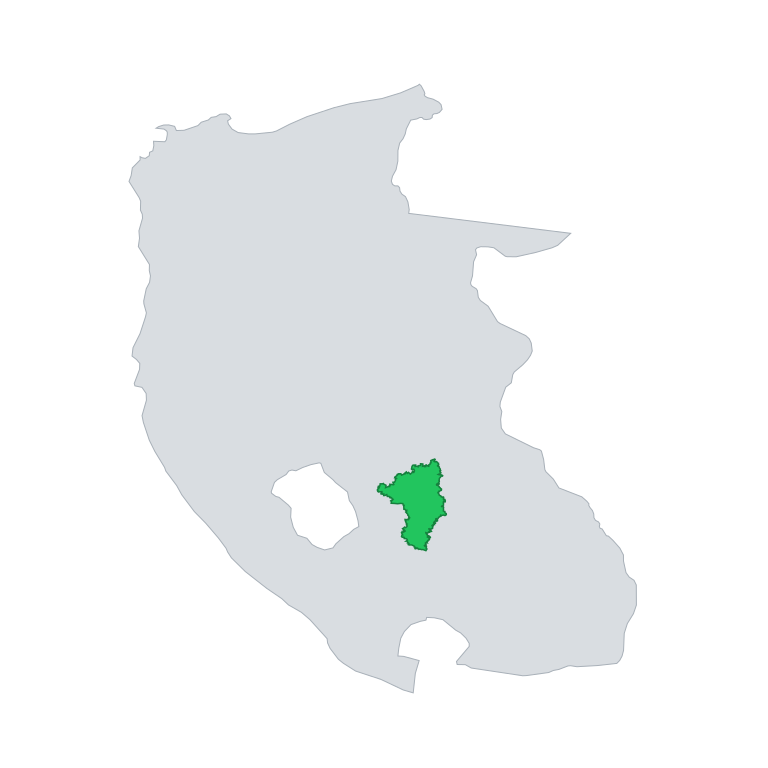 location of Fezile Dabi, Free State, South Africa, rotated 98°
{"feature_id": "47623444B21501715606105", "entity_name": "Fezile Dabi", "entity_type": "district", "adm_level": 2, "iso_a3": "ZAF", "parent_name": "South Africa", "parent_adm1": "Free State", "projection": "natural_earth1", "projection_center": [27.835, -27.476], "detail": "fine", "context": "in_parent", "style": "filled", "palette": "green", "viewbox_px": 768, "rotation_deg": 98, "n_neighbors": 0, "source": "geoboundaries", "source_scale": "gbopen_adm2", "svg_char_len": 9713}
<svg xmlns="http://www.w3.org/2000/svg" viewBox="0 0 768 768"><g transform="rotate(98 384 384)"><path d="M547.9,106.2L567.8,103.3L576.7,105.0L587.4,109.7L597.5,111.4L614.5,109.7L620.3,110.4L624.9,112.1L628.3,114.6L633.1,133.4L637.1,153.6L637.0,160.1L637.6,162.6L642.3,171.1L644.1,176.4L646.8,180.8L652.9,202.3L653.6,206.0L653.1,258.1L650.6,264.4L651.6,272.5L648.7,273.6L632.0,263.1L629.0,263.5L624.3,267.4L619.8,273.5L617.8,278.7L609.2,292.8L608.5,301.7L609.2,309.3L612.0,309.6L614.0,315.1L618.5,323.8L626.3,329.4L633.4,332.0L643.5,332.6L651.4,332.4L651.0,326.6L653.0,310.7L666.2,312.7L685.8,312.1L684.3,322.4L677.0,345.8L672.2,372.2L666.2,385.4L662.9,390.9L653.3,400.6L648.3,403.8L644.1,404.9L627.7,424.5L621.6,434.0L616.1,447.8L610.8,455.3L602.8,471.5L589.0,495.3L577.4,510.9L572.2,515.4L568.7,517.5L559.5,526.6L546.6,541.2L536.7,554.1L521.9,568.8L513.4,575.2L500.6,587.9L497.1,589.7L482.7,601.5L472.3,608.6L455.6,616.9L449.0,619.2L433.1,617.0L426.5,618.2L421.0,623.2L420.5,630.4L418.2,631.4L403.6,628.1L397.6,628.7L394.2,632.5L391.4,637.4L383.0,637.6L368.1,632.6L350.6,629.5L346.6,629.2L338.1,632.9L335.2,633.5L322.8,632.7L316.0,630.3L309.4,630.3L304.4,632.2L298.3,632.9L282.1,646.4L273.7,646.4L266.4,648.0L253.4,646.2L249.5,647.0L245.7,649.4L236.9,650.4L233.5,652.4L218.9,664.7L212.8,663.4L205.0,663.3L196.1,656.7L192.8,657.2L193.6,655.2L193.8,651.7L190.6,648.2L187.2,648.4L185.3,645.4L180.0,645.1L175.7,646.0L174.6,634.7L172.5,633.5L167.2,633.3L164.7,633.7L163.5,634.7L162.2,637.3L162.4,645.3L160.5,643.0L158.2,638.2L157.4,633.2L158.0,627.2L161.9,624.9L160.6,617.3L154.0,604.2L150.2,601.4L147.0,594.7L144.0,592.2L142.6,587.5L139.6,583.8L138.5,577.8L140.0,574.4L142.5,572.5L145.1,575.5L148.3,574.3L152.7,570.0L155.3,563.5L155.2,553.0L154.3,546.5L150.2,529.6L148.4,525.7L139.9,513.6L130.0,497.5L117.3,471.9L111.1,456.6L101.6,425.7L93.4,408.1L83.5,391.8L82.2,390.7L83.6,388.7L88.6,385.0L90.9,383.9L92.1,384.4L93.3,383.4L94.4,380.8L95.1,375.0L97.3,369.0L99.4,366.4L103.9,364.7L107.3,366.9L108.8,369.2L109.5,372.1L111.0,373.5L113.5,373.4L115.2,375.3L116.3,379.0L116.2,381.7L114.8,383.4L115.1,385.6L116.9,388.3L119.0,394.3L128.3,397.4L133.5,397.8L138.5,399.3L143.2,402.0L150.8,402.7L161.4,401.3L170.1,401.9L177.0,404.5L182.0,405.0L185.1,403.4L186.3,401.0L185.9,397.8L187.4,395.9L190.8,395.0L193.5,392.7L195.5,388.8L200.3,385.7L207.8,383.3L211.6,383.3L208.8,220.1L222.5,231.3L225.7,236.5L232.5,251.8L239.6,270.7L240.8,279.8L240.6,281.7L233.8,294.1L233.7,300.2L234.6,307.4L236.3,310.9L238.3,312.1L243.1,310.3L250.5,312.3L264.6,311.4L271.7,312.4L273.5,311.8L275.0,310.3L276.8,306.0L278.5,304.5L285.0,302.7L287.9,300.2L292.5,291.7L306.4,280.3L307.9,277.6L316.4,250.3L319.1,246.4L323.0,243.9L330.7,241.8L335.2,242.9L340.1,245.3L345.7,249.3L354.0,256.7L356.8,257.8L365.1,258.1L370.2,263.0L385.7,266.3L390.1,266.1L394.9,263.5L402.8,263.6L411.3,261.7L416.5,256.9L426.3,227.1L427.4,220.6L428.5,218.8L436.6,215.4L446.4,212.8L448.4,211.4L454.6,203.1L462.6,196.3L468.2,172.4L471.9,166.8L474.1,164.4L475.6,164.4L477.6,162.9L480.3,160.0L483.5,158.2L487.2,157.5L489.6,155.6L490.7,152.4L492.6,150.8L495.3,150.9L496.8,149.9L497.2,147.8L503.3,142.7L503.4,140.6L506.9,135.6L513.7,127.6L520.0,123.1L526.0,122.2L537.1,118.1L541.1,114.3L543.6,109.1L547.9,106.2ZM528.9,457.9L538.6,453.9L545.8,448.6L547.5,438.9L553.0,432.9L555.1,427.4L556.6,419.7L553.4,411.7L548.9,409.4L540.7,402.5L537.1,397.8L532.2,393.8L528.7,389.1L523.0,390.7L514.3,394.4L508.8,397.9L504.3,402.1L496.0,405.1L488.4,418.2L485.9,421.2L479.9,430.8L471.3,435.5L471.1,437.2L474.0,445.1L478.0,452.9L482.2,459.2L482.0,463.2L483.4,466.2L487.2,468.3L493.6,476.3L496.7,478.8L506.4,480.7L507.8,480.2L510.4,475.5L510.8,472.2L517.2,461.9L520.0,458.7L528.9,457.9Z" fill="#d9dde1" stroke="#a8b0b8" stroke-width="1"/><path d="M451.3,323.5L452.8,325.9L452.6,325.9L453.3,327.0L455.5,326.5L455.9,327.3L457.3,327.3L458.0,328.6L459.3,328.3L459.3,328.8L458.9,329.1L458.8,330.6L458.3,330.8L458.5,331.3L459.2,331.0L459.4,331.6L460.0,331.4L460.2,332.1L459.5,332.3L459.8,332.8L459.5,332.9L459.8,333.6L460.1,334.3L459.3,334.2L457.8,334.4L457.9,336.7L459.6,336.4L460.0,338.2L461.2,338.7L460.6,339.1L461.4,341.7L460.5,341.8L460.6,341.5L460.4,341.5L460.4,341.9L459.9,341.7L460.3,343.9L460.7,344.4L462.3,344.9L463.2,344.8L464.4,345.0L464.8,344.4L464.2,342.6L464.9,342.1L466.1,342.1L466.1,341.8L467.1,342.1L466.5,343.6L467.0,343.7L467.6,343.2L467.7,343.8L469.6,345.4L468.1,347.4L469.2,348.4L467.9,349.7L469.1,350.6L469.7,350.3L470.1,350.7L469.6,351.2L470.7,352.1L471.8,353.9L470.5,354.8L470.9,357.0L471.1,356.9L471.8,358.4L472.5,358.2L474.2,359.8L474.9,359.5L474.8,360.3L475.4,360.4L475.3,359.3L475.6,359.2L475.6,359.8L475.9,359.1L476.1,359.0L476.1,358.8L476.9,359.5L477.8,359.2L479.8,359.9L479.8,360.5L480.1,361.5L482.2,360.3L482.5,360.8L482.4,363.3L482.9,363.5L482.7,364.2L483.8,363.9L483.9,364.4L484.7,364.3L484.6,364.9L485.0,365.1L485.0,365.5L486.4,368.0L484.0,367.9L483.2,370.3L482.6,370.8L483.1,371.7L483.4,373.9L485.4,373.9L485.6,374.3L485.8,374.3L486.0,375.0L486.3,375.0L486.3,375.4L486.7,375.4L486.8,374.3L487.5,374.4L487.6,375.3L487.8,375.5L488.4,375.1L489.9,375.9L490.9,374.8L491.3,375.1L491.7,374.4L491.5,374.0L490.9,371.1L492.1,370.9L492.7,371.8L493.3,371.6L493.1,370.5L493.3,370.5L493.3,369.8L493.0,368.9L494.5,368.8L494.3,367.6L493.1,365.9L494.9,365.1L494.6,363.4L495.4,362.6L494.9,362.6L495.4,361.3L495.7,361.5L496.1,360.1L496.7,359.7L496.7,359.4L496.9,359.0L497.1,359.2L497.2,359.5L497.6,359.3L497.9,359.4L498.1,359.7L498.0,360.2L498.3,360.4L498.4,360.8L498.8,361.1L499.2,360.3L501.1,360.3L500.8,356.8L500.7,353.9L499.9,350.9L499.8,348.7L501.4,348.0L501.4,347.2L502.8,347.4L503.8,347.1L505.3,346.9L505.4,346.5L505.1,346.0L506.0,344.7L506.3,344.7L506.0,343.9L507.8,343.9L508.0,344.4L509.6,342.5L510.6,341.9L510.8,342.0L511.5,341.0L511.9,341.0L512.7,340.2L512.9,340.9L513.5,341.0L513.7,340.6L514.1,341.0L514.2,340.6L515.0,341.0L515.2,344.3L516.2,344.0L516.2,343.6L516.6,343.2L517.1,343.5L518.5,342.7L518.7,342.4L519.2,342.4L519.5,341.7L520.1,342.2L520.5,342.1L520.9,341.5L521.5,341.3L522.2,341.6L523.2,342.5L523.0,342.9L523.0,343.6L522.9,343.8L523.6,344.2L524.6,345.4L525.0,344.7L525.1,344.9L526.0,344.6L526.0,343.5L526.2,343.0L526.6,342.7L527.0,343.9L527.5,344.3L527.7,343.8L528.6,345.0L527.9,345.6L528.5,345.8L528.8,346.0L530.6,344.7L530.6,345.1L533.1,345.5L532.8,345.3L533.1,344.9L533.2,343.9L532.9,343.1L533.2,342.6L534.2,342.5L534.1,340.3L534.7,339.4L535.8,339.5L536.5,340.2L536.3,338.9L537.6,338.7L537.7,338.2L538.2,338.5L538.5,337.0L538.9,336.9L539.7,337.5L539.9,336.7L539.5,334.2L540.3,331.6L541.3,331.3L541.3,330.5L541.4,330.3L541.8,330.1L542.7,330.4L542.8,329.9L541.9,329.3L542.4,328.5L541.9,328.4L541.8,328.0L542.5,326.9L542.7,326.3L542.8,326.3L542.5,325.4L542.8,323.7L542.5,322.4L543.2,319.3L541.4,318.5L540.9,319.4L540.2,319.5L539.7,319.3L539.2,319.7L538.7,319.4L538.4,319.9L538.8,320.2L538.8,320.7L538.9,321.0L538.5,321.5L538.2,321.3L537.8,320.2L537.4,319.9L536.7,320.7L536.2,320.5L535.7,320.7L535.4,319.4L535.0,320.1L534.3,319.7L534.4,319.2L534.1,319.0L533.6,318.7L533.2,319.0L532.9,318.9L532.0,317.5L531.8,317.4L531.5,317.8L530.9,317.7L529.5,316.7L529.2,316.8L529.1,317.2L528.7,317.5L528.1,318.5L528.5,318.8L529.1,318.4L529.8,318.6L529.9,318.8L529.5,319.7L528.8,319.3L528.2,319.2L528.2,319.8L527.6,319.9L527.2,320.5L526.7,320.4L526.5,320.6L526.4,321.2L526.2,321.5L525.4,321.8L525.5,321.3L525.9,321.2L526.0,320.7L525.3,320.0L525.2,319.6L524.3,319.2L524.6,318.5L524.5,318.2L523.7,317.6L523.4,316.6L523.1,316.9L523.3,317.2L523.1,317.6L523.2,318.0L522.4,317.2L522.1,317.1L521.9,317.3L522.4,318.0L521.7,319.1L521.2,319.4L521.0,319.1L521.6,318.4L520.5,316.7L520.5,316.1L520.2,315.8L519.5,315.9L518.8,315.8L517.7,316.6L517.5,316.0L517.9,315.7L517.4,315.5L517.2,316.0L516.9,316.2L516.4,315.6L516.1,315.1L516.1,314.7L515.4,315.1L515.4,314.5L515.0,313.9L514.5,313.6L514.1,314.3L514.2,314.7L514.6,315.1L514.1,315.4L513.7,314.9L513.2,314.9L512.6,314.0L512.6,313.1L512.3,312.3L512.1,312.0L511.7,312.0L511.4,312.2L512.0,313.0L512.1,313.7L512.0,314.0L511.4,313.7L511.0,313.9L510.2,313.9L510.0,313.3L510.2,313.0L510.2,312.4L510.0,311.9L508.6,311.4L508.2,310.9L507.7,310.6L507.4,309.9L507.1,309.7L506.3,309.7L506.8,309.1L506.0,308.6L505.8,307.6L505.5,307.0L505.8,305.3L504.9,304.2L504.7,304.1L503.6,304.4L503.4,305.2L503.0,305.7L501.8,306.0L501.9,306.5L501.4,307.6L500.2,307.5L499.5,307.8L497.8,307.8L497.3,308.1L497.2,308.4L497.2,309.2L497.4,309.7L497.3,309.9L496.9,309.8L496.5,309.3L496.2,308.6L495.7,308.2L494.8,308.4L494.3,308.3L493.8,308.7L493.5,308.8L492.6,308.6L492.2,308.7L492.1,308.4L492.4,307.8L492.2,307.0L491.4,307.0L491.3,307.3L490.8,307.2L489.9,307.6L489.9,307.9L490.4,308.5L490.4,308.8L489.9,309.1L489.4,308.8L488.7,309.3L488.1,309.1L487.7,309.3L487.6,309.7L488.0,310.4L487.7,311.1L487.8,311.6L486.9,312.1L486.5,313.7L485.1,314.4L484.2,315.5L483.7,315.4L483.1,314.4L482.6,314.6L482.5,314.0L481.5,313.2L481.5,312.7L481.2,312.4L480.1,312.4L479.7,313.0L479.6,313.5L478.9,314.0L478.6,314.8L477.8,315.2L477.4,316.1L476.9,316.4L476.7,317.2L476.8,317.8L476.5,318.0L475.9,317.8L475.3,317.4L475.7,316.6L475.7,315.7L475.4,315.5L475.0,315.5L474.6,316.0L474.2,316.3L473.1,315.6L472.4,315.8L472.1,316.1L471.6,315.9L470.4,316.1L470.0,316.0L469.4,315.8L467.3,314.4L467.0,314.0L467.1,313.3L466.7,313.1L466.2,313.8L466.0,314.7L466.2,316.9L466.0,317.7L465.6,317.1L465.5,316.4L465.1,316.0L464.5,315.9L464.1,315.3L463.7,315.4L463.4,316.2L462.3,316.8L461.9,316.6L462.0,315.9L461.8,315.8L461.2,316.3L460.3,316.5L459.7,317.3L458.4,317.7L457.9,319.2L457.6,319.6L457.1,319.5L456.9,318.8L456.5,318.5L455.5,319.0L454.9,319.0L454.7,320.0L453.9,320.5L453.5,321.3L454.0,322.4L453.7,323.6L452.3,323.2L451.9,322.8L451.5,322.9L451.3,323.5Z" fill="#22c55e" stroke="#15803d" stroke-width="1.5"/></g></svg>